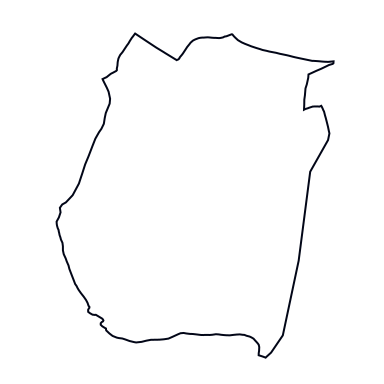 the district of Reduit, Gros Islet, Saint Lucia, rotated 274°
{"feature_id": "8701671B96547889187506", "entity_name": "Reduit", "entity_type": "district", "adm_level": 2, "iso_a3": "LCA", "parent_name": "Saint Lucia", "parent_adm1": "Gros Islet", "projection": "orthographic", "projection_center": [-60.961, 14.069], "detail": "fine", "context": "isolated", "style": "outline", "palette": "ink", "viewbox_px": 384, "rotation_deg": 274, "n_neighbors": 0, "source": "geoboundaries", "source_scale": "gbopen_adm2", "svg_char_len": 3536}
<svg xmlns="http://www.w3.org/2000/svg" viewBox="0 0 384 384"><g transform="rotate(274 192 192)"><path d="M298.4,94.9L296.9,95.7L295.2,96.7L290.0,99.8L286.2,101.8L279.3,103.8L274.4,103.7L264.8,100.5L259.8,99.8L253.9,99.3L248.7,97.2L245.2,95.1L238.5,91.9L230.9,89.5L226.6,88.2L220.1,86.2L212.1,83.5L202.7,81.2L196.1,79.5L194.1,79.0L192.5,78.6L180.5,73.2L172.8,66.9L170.5,63.4L167.0,61.3L162.5,62.3L157.4,61.0L153.0,59.0L150.7,59.3L149.0,59.7L146.5,60.6L144.9,61.5L143.2,61.9L141.7,62.4L139.8,62.9L137.5,63.9L135.4,64.6L132.3,66.3L128.9,67.0L124.8,67.3L121.0,68.4L116.8,70.7L114.2,71.8L110.9,73.5L110.2,73.9L106.8,75.0L103.1,76.7L99.7,78.3L96.1,80.0L92.0,81.9L90.2,83.4L88.6,84.3L86.5,85.7L83.3,88.3L80.0,91.3L76.9,93.8L74.0,95.6L71.3,96.7L70.2,97.7L69.3,97.7L68.8,97.3L67.2,96.6L65.2,96.8L64.0,98.6L62.7,101.3L62.6,103.6L62.8,104.6L59.5,111.1L58.6,112.1L57.6,112.6L56.7,112.2L55.9,111.0L54.7,110.1L53.2,110.2L51.8,111.8L50.3,114.6L49.8,115.7L48.5,115.9L47.9,116.1L45.1,119.5L42.9,122.8L41.5,127.1L41.2,129.1L41.0,132.7L40.2,135.9L39.0,140.1L38.2,144.9L38.0,146.8L38.1,147.3L38.6,150.0L39.0,152.2L40.5,156.8L41.7,161.4L42.0,165.1L42.4,169.7L43.1,174.2L44.1,178.7L46.2,182.7L49.2,188.2L50.3,190.4L50.8,193.5L50.5,196.0L50.3,199.6L50.4,202.8L50.2,207.2L50.0,210.7L50.1,213.4L50.3,214.5L50.5,217.0L50.6,219.6L51.0,222.2L51.8,225.8L51.8,226.2L51.8,228.7L51.6,230.9L51.5,233.8L51.5,237.0L51.7,240.0L52.3,243.0L52.9,246.5L53.3,249.6L53.1,252.3L53.1,254.3L52.4,256.4L51.8,259.6L51.1,261.4L50.0,263.6L48.4,265.2L46.8,266.9L45.4,268.3L44.3,269.2L42.0,269.9L38.4,270.0L35.7,269.8L33.8,269.9L32.9,273.6L32.6,274.7L32.1,276.4L31.9,277.0L32.8,277.8L37.3,282.1L55.3,292.6L130.9,303.2L220.5,308.5L253.3,324.1L260.0,325.0L261.0,324.7L263.0,324.1L266.6,323.1L271.2,321.6L275.1,320.3L277.8,319.3L281.5,318.1L282.9,317.2L283.6,316.9L286.0,315.6L287.0,314.9L286.1,313.3L286.1,311.0L285.7,306.6L284.2,302.9L283.7,301.9L282.7,299.3L281.9,298.0L286.5,297.9L291.9,297.6L296.3,297.9L303.3,298.0L307.3,299.0L314.1,300.0L317.4,300.0L318.8,302.6L321.6,307.7L324.0,312.4L328.3,319.9L329.6,323.4L330.3,324.1L332.2,324.1L331.3,318.8L331.2,315.4L331.2,313.2L331.3,309.1L331.3,304.8L331.2,302.7L333.0,289.5L333.5,286.0L333.9,283.5L334.6,279.8L334.9,278.1L335.1,276.8L335.8,271.6L336.0,270.0L336.7,266.3L337.5,259.4L338.0,256.7L338.3,254.6L338.6,252.5L339.0,251.0L339.2,250.3L340.1,246.3L341.5,240.8L342.1,239.0L343.5,234.5L344.7,231.2L345.3,230.0L346.7,227.2L348.5,225.0L347.2,226.6L348.9,224.5L350.3,222.9L352.0,221.3L352.1,220.6L351.3,218.8L350.4,216.9L349.8,215.6L349.7,215.2L349.5,214.6L349.4,213.8L348.4,212.2L347.8,210.2L347.5,208.9L347.4,207.5L347.4,205.8L347.4,204.7L347.3,203.2L347.3,201.1L347.4,198.1L347.4,196.8L347.1,194.6L346.9,193.3L346.7,191.2L346.4,189.5L345.9,187.7L345.6,187.1L344.5,184.7L343.8,183.5L342.9,182.1L342.5,181.8L340.9,180.2L339.2,179.1L336.2,177.0L334.9,176.3L329.4,173.2L327.9,172.2L326.0,170.8L325.1,170.2L324.7,170.2L323.9,169.7L323.6,169.4L323.2,168.9L322.9,168.4L322.8,167.8L322.5,167.5L329.0,155.0L329.4,154.3L332.0,149.3L333.5,146.4L339.2,136.3L346.1,124.2L345.7,123.9L345.3,123.7L344.4,123.1L342.8,122.1L341.7,121.3L340.6,120.7L338.2,119.4L335.7,118.2L333.7,116.9L330.9,115.3L326.8,113.0L325.1,111.8L323.9,110.9L323.2,110.6L322.1,110.1L320.0,109.3L317.2,108.9L316.0,108.8L314.1,108.8L312.9,108.8L311.4,108.6L310.0,108.4L308.9,108.5L308.4,108.6L307.5,108.0L307.3,107.7L306.6,106.6L305.2,104.4L305.0,104.0L304.6,103.3L304.1,102.6L303.1,101.5L300.5,98.7L300.2,98.0L298.4,94.9Z" fill="none" stroke="#020617" stroke-width="2"/></g></svg>